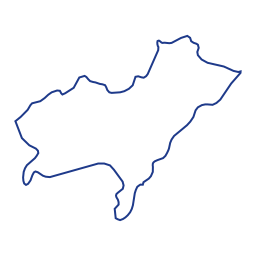 an SVG outline of Oran
{"feature_id": "DZA-2145", "entity_name": "Oran", "entity_type": "Province", "adm_level": 1, "iso_a3": "DZA", "parent_name": "Algeria", "parent_adm1": "", "projection": "equal_earth", "projection_center": [-0.636, 35.601], "detail": "fine", "context": "isolated", "style": "outline", "palette": "blue", "viewbox_px": 256, "rotation_deg": 0, "n_neighbors": 0, "source": "natural_earth", "source_scale": "10m", "svg_char_len": 1861}
<svg xmlns="http://www.w3.org/2000/svg" viewBox="0 0 256 256"><path d="M15.4,121.2L20.7,116.9L27.7,109.8L30.4,105.2L32.1,103.3L40.3,101.2L44.6,98.1L48.3,94.7L51.7,92.3L57.1,90.5L59.9,90.8L61.2,93.3L62.4,94.5L65.1,93.3L73.7,87.8L79.3,77.5L84.6,75.9L86.4,77.0L88.1,79.1L90.1,81.1L93.1,82.0L95.4,82.4L99.8,83.9L102.4,84.3L105.1,85.2L106.3,87.4L107.3,90.0L109.3,92.3L111.6,92.9L120.2,92.3L124.3,91.2L128.9,88.8L132.7,85.3L135.5,76.8L138.2,76.3L141.4,77.3L143.7,77.7L146.1,76.2L147.7,74.1L158.2,50.2L158.4,47.0L157.9,46.2L157.4,44.3L157.3,42.3L157.6,41.0L158.9,40.6L160.2,41.4L161.4,42.5L162.3,42.9L164.6,42.7L169.3,43.2L171.6,42.9L181.1,37.9L187.3,35.9L190.1,37.8L191.2,41.2L193.6,42.8L196.3,43.7L197.9,44.7L198.7,47.9L197.3,52.0L197.9,55.2L201.6,59.5L207.6,62.8L223.8,66.5L233.5,70.9L238.3,72.0L240.6,71.4L240.5,72.9L231.2,83.5L220.3,99.6L216.4,103.0L212.6,104.8L207.5,104.4L205.2,104.4L201.9,105.1L197.9,107.3L195.6,110.3L193.4,117.0L190.3,121.6L187.0,125.2L174.1,135.9L171.6,139.5L170.2,142.8L169.0,148.4L168.4,150.1L167.1,152.9L165.4,155.9L163.1,158.1L157.5,160.1L154.8,161.3L153.5,162.4L152.9,163.4L152.7,165.1L152.9,166.9L152.8,171.9L150.9,176.2L148.8,178.6L143.5,182.2L142.8,184.7L140.4,184.6L139.3,185.3L137.3,186.8L135.9,189.8L134.8,193.2L132.9,205.3L131.8,208.9L130.1,212.3L127.7,215.3L125.4,217.4L123.0,219.0L120.1,220.1L117.8,219.3L115.7,218.2L114.7,208.8L118.6,204.6L118.6,202.2L117.9,199.7L116.5,197.4L116.0,195.7L116.4,194.1L117.9,192.7L122.8,188.8L123.6,185.4L122.6,181.6L113.9,169.7L110.0,165.4L104.1,163.5L98.3,163.5L49.9,177.1L45.7,176.7L42.9,175.7L37.7,172.2L35.4,171.5L33.9,172.4L32.4,175.2L30.5,180.4L28.1,183.8L26.0,184.9L24.2,183.5L23.4,180.9L23.1,177.5L23.7,171.9L25.0,168.3L26.9,165.2L34.9,158.2L36.7,155.8L38.3,153.1L37.9,150.7L35.9,148.6L29.3,145.3L21.9,138.1L15.6,121.7L15.4,121.2Z" fill="none" stroke="#1e3a8a" stroke-width="2"/></svg>